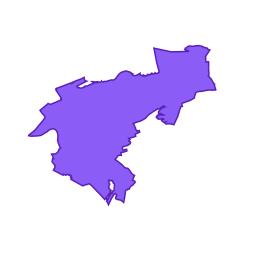 Podari, Dolj, Romania (Natural Earth projection), rotated 166°
{"feature_id": "2599482B53332966976241", "entity_name": "Podari", "entity_type": "district", "adm_level": 2, "iso_a3": "ROU", "parent_name": "Romania", "parent_adm1": "Dolj", "projection": "natural_earth1", "projection_center": [23.733, 44.25], "detail": "fine", "context": "isolated", "style": "filled", "palette": "violet", "viewbox_px": 256, "rotation_deg": 166, "n_neighbors": 0, "source": "geoboundaries", "source_scale": "gbopen_adm2", "svg_char_len": 5785}
<svg xmlns="http://www.w3.org/2000/svg" viewBox="0 0 256 256"><g transform="rotate(166 128 128)"><path d="M83.5,199.2L84.3,184.5L84.2,174.6L84.9,174.5L85.5,173.9L88.0,174.2L88.2,174.4L88.2,174.9L88.4,175.1L88.8,174.3L90.3,174.3L91.9,174.5L91.5,175.4L91.7,175.5L93.5,174.6L95.6,174.5L95.6,175.2L95.7,175.3L96.7,174.4L97.2,174.3L97.6,174.3L97.6,174.6L97.8,174.6L99.1,174.5L99.2,174.8L99.5,174.8L99.9,174.5L100.2,174.6L99.8,174.9L99.8,175.0L100.5,175.8L101.3,175.2L103.3,176.5L103.2,176.8L103.2,177.6L103.0,178.1L107.3,177.0L107.7,176.9L108.4,177.1L110.1,177.8L111.1,178.5L110.9,179.0L110.3,179.4L111.4,180.2L111.4,180.5L112.1,181.1L113.0,182.2L113.7,182.3L115.1,183.2L115.6,183.7L117.4,183.9L120.6,183.7L122.7,183.0L125.0,181.6L125.5,181.0L127.0,179.9L127.3,179.6L127.3,179.2L127.5,179.0L130.3,178.1L131.1,178.2L132.6,178.7L137.3,178.5L137.5,178.3L137.9,178.3L138.5,178.5L138.9,178.8L139.5,178.9L141.4,178.8L142.3,179.3L142.3,179.9L143.0,179.4L143.5,179.3L147.0,179.7L147.3,179.6L148.2,179.7L148.3,179.8L147.2,180.4L148.0,180.5L148.5,180.4L149.1,180.7L149.4,180.6L149.8,181.1L150.0,180.9L150.9,181.5L151.6,181.7L151.3,181.3L150.7,180.3L150.8,180.2L150.3,179.9L151.6,179.4L152.1,179.6L155.9,179.0L156.9,178.6L157.4,178.7L158.5,178.6L159.3,179.0L160.4,178.9L160.5,178.8L160.4,178.3L160.5,178.1L161.8,178.0L163.9,178.1L164.8,178.2L165.2,178.5L165.4,178.8L165.6,178.9L165.6,179.2L165.2,179.3L166.6,179.2L166.8,179.6L167.3,179.6L167.5,180.2L167.6,181.0L156.7,183.4L158.4,184.4L158.5,186.9L158.3,187.7L161.9,186.9L166.0,186.5L170.1,185.9L169.7,185.4L170.0,185.1L171.1,185.0L172.0,184.7L172.2,185.1L172.5,185.1L172.0,185.3L172.1,185.6L180.8,184.5L188.3,183.7L188.8,182.6L188.7,182.4L188.0,182.4L188.5,181.5L185.4,172.8L186.1,172.5L185.8,172.1L185.7,171.5L197.6,169.6L199.5,171.1L205.8,168.0L209.1,166.5L207.8,163.0L207.5,162.4L206.9,161.7L206.1,159.8L206.1,158.1L209.2,155.4L211.0,154.2L219.1,148.2L220.4,147.7L221.1,147.2L221.5,147.1L224.1,146.0L226.1,144.9L226.3,144.6L224.1,143.5L218.2,142.3L214.5,141.9L212.2,142.4L209.4,143.4L207.4,143.9L205.1,145.1L202.8,145.5L200.4,145.3L198.7,143.9L197.7,141.1L197.7,138.4L198.2,136.1L199.4,132.8L199.2,129.7L198.7,126.0L198.2,124.9L200.1,124.1L200.4,123.4L201.3,122.3L202.4,121.3L204.1,120.6L205.9,120.6L208.5,121.2L207.7,117.7L207.8,117.0L207.6,116.2L208.6,116.4L209.0,115.4L209.8,114.0L209.2,112.0L207.8,109.2L208.2,108.7L208.5,107.1L209.9,106.0L210.6,105.2L209.7,104.2L202.4,97.9L201.7,98.6L199.7,97.2L198.3,97.8L196.6,96.4L195.9,96.8L195.6,96.3L195.1,96.1L194.7,95.2L195.5,94.5L195.0,94.1L195.4,93.7L194.8,93.2L195.1,93.0L194.8,92.8L195.7,91.9L185.9,82.8L183.2,83.2L180.9,83.1L179.1,83.4L177.0,80.5L173.4,74.1L170.3,68.9L168.0,64.3L160.1,70.3L160.6,70.8L159.7,71.4L160.0,71.8L159.8,71.9L160.8,73.4L161.2,74.6L161.2,74.8L160.9,74.8L160.8,75.9L160.5,76.5L159.2,78.0L159.8,78.8L159.9,79.1L159.2,80.9L159.2,81.4L159.4,82.0L158.8,81.9L157.9,81.1L157.5,81.2L156.3,81.0L156.1,80.0L155.7,80.0L155.7,78.5L155.6,78.1L154.7,77.2L155.0,75.8L156.6,71.0L157.0,70.6L157.8,70.7L159.2,68.5L159.9,69.0L163.5,65.6L163.4,65.5L163.5,65.4L163.4,65.3L164.5,64.3L164.5,64.1L165.8,65.0L166.3,64.3L165.8,63.6L166.0,63.5L166.0,63.3L165.7,62.6L166.5,62.1L166.0,61.2L165.8,60.2L165.5,58.3L161.2,63.5L157.4,67.2L156.2,67.5L155.2,65.6L155.2,65.3L156.0,64.8L156.2,64.6L156.1,64.1L157.0,63.0L157.1,62.8L156.9,62.3L155.6,61.2L153.6,60.3L152.4,59.6L150.2,56.8L148.5,60.5L146.2,65.9L146.0,67.0L145.9,67.2L144.6,68.3L143.5,68.2L143.2,68.8L141.6,68.4L140.1,70.3L138.5,71.1L137.2,71.4L135.7,72.6L134.3,73.4L134.1,74.4L134.5,75.0L136.3,76.3L133.1,80.4L133.9,81.0L135.3,82.7L136.4,85.8L137.7,88.7L140.6,90.2L143.1,94.4L146.5,98.7L148.1,100.6L144.5,103.4L144.1,103.6L143.3,103.6L141.1,103.1L140.9,105.9L138.0,105.7L134.6,106.0L134.5,107.7L137.6,107.9L138.3,107.7L138.3,109.1L138.4,109.6L138.0,110.9L134.9,111.2L132.4,111.1L132.3,111.5L130.5,111.8L129.7,112.3L129.0,113.4L129.3,114.3L130.0,114.6L130.2,114.8L130.3,115.3L128.8,116.4L129.8,117.8L125.5,117.8L122.5,118.1L122.6,120.1L122.1,120.3L117.6,121.2L117.8,122.9L119.9,122.8L119.9,122.7L120.2,122.9L120.3,123.8L120.9,125.0L120.8,125.9L121.1,128.1L121.9,131.0L120.8,131.1L119.1,131.5L114.3,131.7L111.3,132.4L108.7,133.2L106.0,135.1L104.0,136.2L101.3,137.1L99.5,137.9L98.9,138.0L94.6,139.4L94.3,139.1L92.2,139.2L91.0,139.6L90.6,140.1L89.2,140.3L88.5,140.8L87.9,140.8L88.0,140.1L87.9,139.8L87.3,139.5L90.4,139.2L92.2,138.3L92.3,137.9L94.3,136.6L94.7,135.5L94.9,134.6L94.4,134.7L94.0,134.3L93.6,134.1L92.7,134.1L92.6,133.7L92.8,133.5L90.3,132.2L90.2,132.1L91.4,132.2L93.0,132.9L94.5,133.0L94.9,132.7L96.3,133.2L97.7,132.2L97.8,131.1L96.8,131.0L97.0,130.1L96.6,129.4L96.3,129.2L94.0,128.8L93.2,128.9L91.9,128.4L91.2,128.0L91.2,127.9L92.5,127.9L93.6,127.5L93.7,127.1L91.7,124.6L89.7,124.7L90.8,123.8L90.8,123.4L90.2,122.7L86.3,122.0L82.7,120.1L77.0,127.1L73.7,132.6L73.5,133.1L72.1,135.2L71.2,135.8L70.0,135.9L70.1,137.6L69.8,138.4L69.4,138.9L60.7,139.8L56.5,141.0L55.7,142.6L55.4,143.1L54.9,144.0L54.5,144.4L54.1,145.6L51.9,146.4L51.1,146.2L49.7,146.2L47.2,145.7L43.6,145.6L39.9,145.2L36.8,144.3L34.0,143.7L33.5,143.9L33.7,145.0L33.8,148.2L33.7,149.1L33.4,149.5L33.6,149.6L34.0,150.5L35.5,155.7L36.1,156.4L36.4,156.9L36.5,157.4L37.1,158.5L37.5,158.9L37.5,159.1L36.9,159.3L36.4,160.8L35.4,166.3L34.1,171.1L33.8,172.8L34.0,173.0L34.4,173.1L36.2,172.9L36.4,173.2L36.4,173.5L36.1,175.5L35.5,177.9L35.5,178.6L29.7,183.9L31.1,184.7L31.4,185.1L31.6,186.0L32.0,186.4L32.8,186.9L33.5,187.1L35.3,188.4L37.0,189.8L38.1,190.1L39.4,190.9L41.7,191.2L43.1,191.5L44.8,191.4L45.8,191.8L46.8,192.0L47.9,192.6L48.2,192.7L49.2,192.7L49.6,192.5L50.3,192.6L50.9,192.4L51.5,191.8L51.9,191.6L53.1,191.6L53.1,191.3L53.9,190.5L53.6,189.9L51.0,188.4L50.6,188.0L50.8,187.7L51.5,187.8L67.8,191.5L83.5,199.2Z" fill="#8b5cf6" stroke="#5b21b6" stroke-width="1.5"/></g></svg>